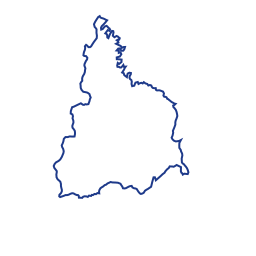 São Jerônimo da Serra, Paraná, Brazil, rotated 24°
{"feature_id": "56859067B6794406070679", "entity_name": "São Jerônimo da Serra", "entity_type": "district", "adm_level": 2, "iso_a3": "BRA", "parent_name": "Brazil", "parent_adm1": "Paraná", "projection": "equal_earth", "projection_center": [-50.795, -23.707], "detail": "fine", "context": "isolated", "style": "outline", "palette": "blue", "viewbox_px": 256, "rotation_deg": 24, "n_neighbors": 0, "source": "geoboundaries", "source_scale": "gbopen_adm2", "svg_char_len": 4462}
<svg xmlns="http://www.w3.org/2000/svg" viewBox="0 0 256 256"><g transform="rotate(24 128 128)"><path d="M56.6,37.3L55.7,38.6L55.2,41.4L54.8,44.3L54.7,47.0L56.4,49.2L57.6,49.7L59.1,50.6L60.5,53.9L62.1,56.4L62.9,58.7L62.3,61.2L61.8,63.5L61.4,66.0L61.1,68.4L60.4,69.6L59.0,70.2L57.0,69.3L55.9,69.1L55.4,70.9L56.3,72.2L56.8,74.0L56.9,76.5L57.2,77.9L57.7,79.7L58.7,80.0L60.5,79.4L62.3,80.4L62.7,82.0L62.3,83.9L62.3,87.4L62.8,88.8L64.8,90.8L65.3,93.0L65.8,94.3L66.0,96.4L65.7,98.7L65.7,100.1L66.0,101.5L67.0,103.5L66.6,104.9L66.4,106.8L67.4,108.4L68.5,110.6L70.0,112.0L72.4,113.1L75.3,112.4L76.7,112.2L79.0,112.7L80.2,114.1L81.5,115.3L81.5,117.3L81.9,119.1L82.1,122.3L80.6,123.3L79.3,123.6L78.4,124.8L77.3,125.1L74.9,124.6L72.9,126.9L69.7,130.7L68.5,131.7L68.7,133.9L68.9,135.8L69.8,138.1L71.7,138.2L72.9,139.6L73.4,141.7L75.2,143.7L76.0,145.4L76.1,147.1L76.3,148.8L77.2,150.3L78.8,151.1L80.4,152.1L81.2,153.3L82.0,155.0L82.6,157.5L81.5,158.1L80.3,158.6L79.0,159.1L77.9,159.6L76.7,160.8L74.6,161.7L73.8,164.0L74.4,166.5L74.6,168.7L74.5,170.8L75.7,172.3L77.2,173.4L78.7,175.3L79.2,177.2L79.3,181.4L78.9,184.3L78.0,186.3L77.1,187.5L76.2,188.7L75.6,190.8L75.6,192.9L76.9,194.4L79.5,195.8L80.5,196.4L81.0,197.7L81.4,199.5L82.8,202.1L84.6,203.5L86.6,204.1L88.0,204.6L89.5,206.4L90.3,208.2L91.3,209.6L92.8,211.5L93.3,212.8L93.3,214.6L92.5,216.9L93.0,218.4L94.1,218.7L95.2,217.7L96.3,216.7L97.3,215.7L98.2,214.7L99.6,214.1L100.9,213.1L102.1,211.6L103.5,210.3L104.9,209.9L106.5,210.1L108.5,210.1L109.5,209.6L110.6,210.0L111.5,211.6L113.0,211.0L114.6,210.4L115.0,209.0L116.2,208.0L117.9,207.4L119.3,207.3L119.9,205.6L121.9,205.1L122.2,203.8L123.3,203.5L124.2,201.9L125.6,201.5L126.5,199.9L128.3,199.4L127.5,198.1L127.1,196.4L127.3,194.3L128.1,192.9L129.1,191.5L129.9,189.7L131.1,188.6L131.8,187.0L133.0,185.7L134.1,184.4L135.8,184.1L137.3,183.5L138.8,182.9L141.1,182.1L143.8,182.0L145.5,183.2L146.6,183.8L147.9,185.1L149.3,184.7L150.5,183.9L151.5,182.6L152.5,181.3L153.5,180.3L154.9,179.4L156.2,180.5L158.1,180.6L159.4,180.2L160.8,180.2L162.4,181.3L163.9,182.2L165.4,182.9L166.6,183.0L167.8,182.0L168.7,180.8L169.0,178.4L170.0,176.8L170.9,175.7L171.8,174.2L173.0,172.3L172.6,170.0L172.1,167.4L171.7,164.6L171.4,162.7L172.6,162.1L173.7,163.2L174.7,164.4L176.0,161.6L176.5,160.5L177.3,158.8L178.4,156.1L179.6,154.0L179.7,152.5L180.5,149.9L181.5,148.0L181.7,146.1L182.8,145.7L184.0,145.2L185.5,144.8L186.5,143.5L187.5,142.0L189.5,142.1L190.6,142.1L192.3,142.2L193.9,146.0L194.9,147.1L196.0,147.3L197.0,148.3L198.1,146.8L200.1,146.2L201.3,145.8L201.2,143.9L199.8,142.2L198.3,140.8L196.5,139.7L195.1,139.1L193.9,138.4L192.6,138.2L191.3,137.6L190.5,136.1L189.5,134.2L188.8,130.9L187.8,129.3L186.0,127.8L185.0,126.5L183.0,125.3L181.9,123.0L181.0,120.7L181.2,117.5L180.0,119.0L177.2,120.8L175.1,120.9L173.2,120.2L171.8,119.1L171.8,116.9L171.2,113.9L170.2,112.4L170.1,108.6L169.9,105.7L168.9,103.5L168.5,101.6L168.5,99.8L168.2,97.0L167.2,95.4L165.8,93.5L164.3,92.0L162.3,90.9L161.1,90.5L160.1,89.1L161.0,88.1L161.6,86.6L160.3,86.8L158.8,86.6L157.2,86.5L155.5,86.0L154.2,85.7L153.1,85.3L152.0,85.4L150.9,84.4L149.9,84.2L148.4,84.7L147.2,84.0L146.8,81.8L145.2,80.5L143.2,80.6L141.7,80.7L140.3,81.3L139.2,81.9L138.1,81.8L137.1,80.3L135.8,81.0L134.2,81.3L133.0,80.7L132.0,79.7L130.5,79.8L129.3,80.9L127.7,79.9L125.8,80.2L123.8,79.7L123.3,81.3L121.8,81.3L120.6,82.3L119.7,83.5L118.2,82.0L116.4,83.5L116.4,85.1L116.5,86.8L114.8,88.1L113.3,86.3L112.6,84.1L111.5,82.8L109.9,82.4L108.9,81.5L108.4,79.5L108.7,77.9L108.3,76.6L106.8,76.9L105.6,78.4L105.8,80.0L106.3,82.0L104.6,81.6L103.1,81.2L101.8,79.7L100.1,79.7L100.6,76.5L100.6,74.4L100.9,72.9L99.4,73.7L98.1,72.3L97.6,74.3L97.1,75.5L96.1,76.0L94.9,75.8L93.5,76.4L92.7,75.3L92.2,72.7L93.8,73.1L95.2,70.4L94.3,68.1L92.7,68.6L91.3,69.1L89.8,69.7L89.0,68.1L91.5,66.0L91.9,63.3L90.3,61.9L89.0,63.1L88.1,61.1L86.1,61.8L86.8,59.4L88.2,58.6L89.8,59.7L91.0,59.9L92.2,59.3L92.6,57.7L92.3,55.2L91.1,55.8L89.8,57.2L88.9,56.4L87.7,56.0L85.5,56.0L82.9,55.9L84.5,53.8L83.6,52.8L82.1,52.4L83.0,51.2L84.0,50.8L83.9,49.3L82.9,49.1L81.6,48.6L80.1,48.6L78.7,50.6L76.6,49.9L75.9,46.6L75.1,45.5L73.9,45.8L73.6,47.8L73.3,50.0L73.4,51.6L73.5,53.9L72.3,53.7L71.1,51.5L70.2,50.8L68.8,50.8L69.2,48.9L69.7,46.8L71.6,46.8L71.6,45.4L70.6,44.6L69.4,44.5L68.4,43.9L66.9,43.4L65.5,44.7L64.6,47.9L63.5,49.0L62.6,47.5L62.6,45.7L63.4,43.7L64.3,41.1L65.1,38.1L63.3,38.1L62.2,38.0L61.1,38.0L58.7,38.3L57.7,38.2L56.6,37.3Z" fill="none" stroke="#1e3a8a" stroke-width="2"/></g></svg>